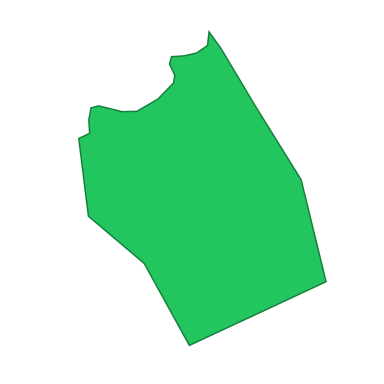 Morne Rouge/Marc, Castries, Saint Lucia, rotated 335°
{"feature_id": "8701671B11332589204327", "entity_name": "Morne Rouge/Marc", "entity_type": "district", "adm_level": 2, "iso_a3": "LCA", "parent_name": "Saint Lucia", "parent_adm1": "Castries", "projection": "orthographic", "projection_center": [-60.97, 13.959], "detail": "fine", "context": "isolated", "style": "filled", "palette": "green", "viewbox_px": 384, "rotation_deg": 335, "n_neighbors": 0, "source": "geoboundaries", "source_scale": "gbopen_adm2", "svg_char_len": 441}
<svg xmlns="http://www.w3.org/2000/svg" viewBox="0 0 384 384"><g transform="rotate(335 192 192)"><path d="M275.6,329.9L296.1,227.0L285.8,141.5L278.9,73.8L275.1,54.1L268.0,65.8L254.6,68.0L241.9,65.1L230.6,60.7L225.7,66.5L225.7,78.9L221.4,85.4L200.3,93.4L176.2,95.6L162.8,89.8L143.8,74.5L136.0,73.1L128.9,83.2L124.0,95.6L112.0,95.6L87.9,170.2L118.5,236.6L124.8,329.9L275.6,329.9Z" fill="#22c55e" stroke="#15803d" stroke-width="1.5"/></g></svg>